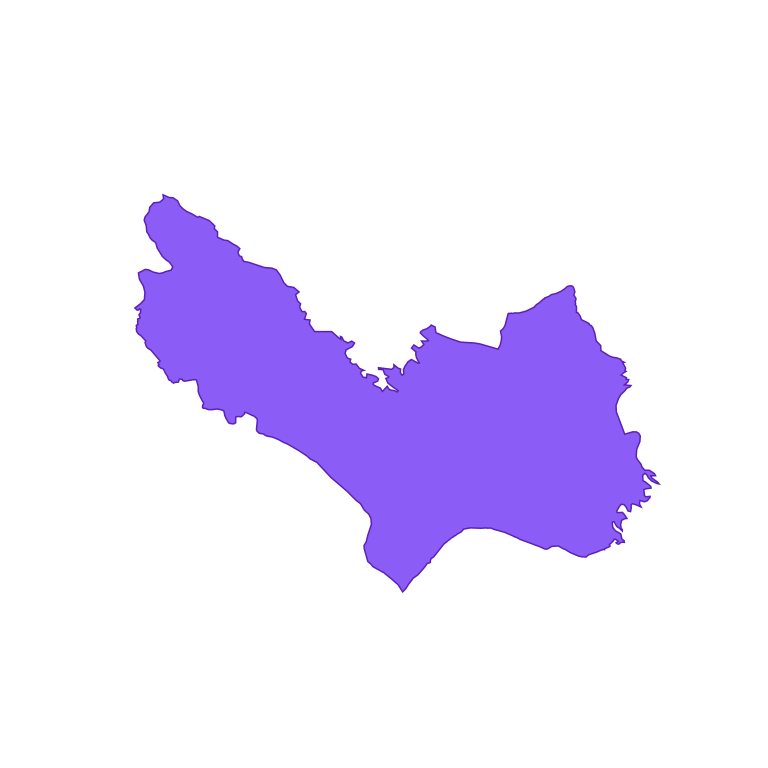 Kouroussa, Kouroussa, Guinea (Equal Earth projection), rotated 118°
{"feature_id": "49546643B25969650419510", "entity_name": "Kouroussa", "entity_type": "district", "adm_level": 2, "iso_a3": "GIN", "parent_name": "Guinea", "parent_adm1": "Kouroussa", "projection": "equal_earth", "projection_center": [-10.122, 10.487], "detail": "fine", "context": "isolated", "style": "filled", "palette": "violet", "viewbox_px": 768, "rotation_deg": 118, "n_neighbors": 0, "source": "geoboundaries", "source_scale": "gbopen_adm2", "svg_char_len": 6158}
<svg xmlns="http://www.w3.org/2000/svg" viewBox="0 0 768 768"><g transform="rotate(118 384 384)"><path d="M309.7,365.7L309.8,370.0L311.9,370.5L315.2,372.2L318.0,374.9L320.8,376.2L321.9,375.9L323.3,371.0L324.2,366.5L324.9,365.2L326.9,367.9L328.4,371.1L330.3,367.4L333.4,368.2L336.0,370.0L335.5,375.9L339.4,376.6L340.6,370.9L342.9,369.9L345.5,367.7L349.0,362.7L349.6,364.1L349.5,371.3L353.0,373.2L358.5,373.8L362.1,373.6L365.9,371.2L367.8,372.1L366.3,374.9L363.0,376.4L363.4,379.2L362.3,384.3L364.8,383.0L367.5,384.2L372.2,396.5L373.6,395.6L371.8,391.5L375.1,387.8L375.3,383.3L376.3,383.2L378.2,385.0L381.3,381.1L382.4,375.3L383.2,368.3L384.8,368.6L384.9,371.4L386.2,375.4L386.0,377.6L384.5,380.1L391.3,381.9L389.3,385.5L389.7,390.1L389.7,393.1L388.2,394.0L384.4,390.9L382.0,391.3L381.2,394.4L381.5,397.4L383.1,403.7L386.8,402.5L387.8,405.8L385.5,409.8L383.1,410.0L381.4,408.1L381.7,413.2L379.5,417.9L381.3,420.9L380.5,424.4L377.7,425.0L378.3,428.5L375.3,432.7L371.7,433.5L365.8,429.5L361.7,429.2L361.3,432.6L364.6,435.1L364.8,439.8L362.4,443.2L362.5,444.7L364.8,443.1L364.6,445.4L362.3,454.7L370.3,469.9L366.0,478.1L362.2,479.3L364.2,484.6L358.2,485.7L357.2,487.9L358.6,490.4L355.7,494.7L352.4,495.2L351.2,499.2L346.7,504.0L342.6,502.2L341.1,509.1L343.1,515.2L341.6,520.0L336.5,527.0L333.8,532.6L334.3,537.3L337.4,544.6L340.0,560.3L341.6,565.5L339.8,568.2L338.4,569.5L338.7,571.9L336.3,574.9L332.2,574.8L331.3,578.5L331.3,582.9L330.7,589.3L332.1,592.9L332.6,599.9L327.8,602.4L326.5,606.8L323.9,607.6L321.8,614.9L322.8,625.8L324.3,626.7L324.0,633.7L324.3,639.3L323.7,643.8L322.4,647.9L319.2,652.2L318.6,657.7L320.2,661.3L320.7,667.9L324.1,665.5L328.8,667.4L332.1,672.4L338.1,673.8L342.0,672.3L349.0,673.4L352.0,672.6L355.7,668.4L361.1,664.8L362.3,662.3L364.8,659.1L365.9,656.1L366.1,653.1L367.0,651.3L370.4,648.1L375.4,639.6L376.8,634.3L377.1,630.7L379.7,625.6L383.3,625.3L387.6,629.9L389.4,631.2L391.9,634.2L393.6,640.6L393.7,645.4L394.9,648.6L401.2,653.0L406.3,649.1L410.5,642.4L415.3,638.1L422.0,635.2L427.4,636.7L433.8,639.6L434.7,636.7L433.8,635.4L432.5,635.3L432.5,633.6L435.7,632.5L437.8,632.9L440.1,630.4L440.6,630.4L442.0,631.9L443.1,631.7L443.8,630.9L445.0,630.6L447.1,629.3L448.0,630.0L448.9,630.1L450.4,628.7L451.6,628.7L453.9,626.9L455.2,624.1L455.4,621.4L457.8,614.6L459.5,614.5L462.4,611.5L463.2,609.6L463.6,605.5L468.8,592.4L469.5,592.5L471.2,593.8L472.7,591.8L473.5,592.1L474.2,591.2L474.7,588.7L474.3,585.8L477.0,582.2L478.4,579.4L481.2,576.2L481.4,575.3L481.1,573.6L481.9,571.9L482.0,570.2L480.8,569.3L478.8,566.4L475.9,567.0L475.2,566.0L474.6,564.3L475.3,563.5L475.4,562.3L474.9,561.0L470.0,554.7L468.7,552.6L468.6,551.4L473.6,546.7L477.9,544.5L480.7,541.5L484.2,536.5L485.4,534.2L488.2,534.0L490.1,533.1L490.2,532.2L489.4,530.1L489.1,527.1L486.9,522.9L486.0,522.1L484.3,519.3L483.1,515.3L483.1,512.6L486.6,509.8L488.5,507.4L491.2,503.0L491.2,501.6L490.1,498.5L489.2,497.5L487.8,496.8L482.7,499.4L481.1,497.4L480.2,495.0L479.5,494.4L475.9,493.2L474.5,493.7L473.8,491.5L473.6,485.2L473.3,484.0L474.3,479.7L476.2,478.5L484.2,475.2L485.2,474.1L486.1,471.1L484.7,466.9L485.1,464.6L484.7,462.1L483.5,458.6L483.0,455.6L482.6,450.9L482.7,445.0L482.3,441.9L482.8,427.3L483.8,417.8L484.8,414.1L484.7,406.4L491.4,387.1L496.0,366.4L499.8,354.1L500.7,348.6L504.6,342.2L506.0,336.5L508.8,332.5L513.8,329.2L525.1,327.3L531.6,325.6L536.0,325.8L538.7,324.1L548.3,315.0L549.2,310.8L550.5,308.0L550.7,295.3L552.6,285.9L554.6,277.3L558.8,269.9L554.6,268.7L549.2,268.3L541.7,267.0L536.4,264.4L526.4,262.1L521.8,261.5L521.3,260.5L519.8,259.3L518.4,260.1L516.0,260.4L513.5,259.0L497.3,256.0L487.8,252.0L486.0,250.7L485.3,250.8L484.4,249.8L482.5,249.1L478.3,246.4L474.7,245.5L470.6,240.4L465.7,230.4L462.8,225.8L462.9,225.3L461.0,222.0L460.7,218.6L458.4,208.3L457.6,199.4L457.7,197.4L457.2,194.5L457.3,190.8L454.5,169.9L454.2,164.6L453.4,162.8L452.3,161.8L448.6,159.6L445.2,154.1L445.3,148.9L445.0,145.9L445.4,140.5L444.6,131.5L443.8,128.5L441.9,124.3L439.7,123.7L437.7,122.2L432.6,117.3L428.9,114.4L427.0,112.4L426.7,111.5L425.9,111.9L422.4,109.0L421.0,108.3L419.8,109.6L415.5,108.0L413.1,107.8L412.6,107.4L412.4,106.1L412.9,103.4L415.3,104.5L415.6,103.1L415.2,101.5L413.1,100.7L411.8,99.4L411.0,97.4L409.7,98.3L409.2,101.2L405.2,104.5L404.9,111.1L403.2,114.6L400.1,116.9L398.6,117.6L397.6,116.2L400.6,111.4L400.8,108.7L401.9,104.6L400.8,105.1L399.7,107.2L396.9,109.1L392.8,110.2L390.0,108.2L388.7,106.4L386.3,110.7L385.4,113.2L388.0,117.6L387.3,118.8L381.6,118.7L378.8,118.0L377.8,115.4L379.1,112.2L381.6,108.8L380.9,106.4L377.4,107.5L374.8,109.1L373.1,108.5L372.3,104.8L371.9,99.2L370.0,102.1L366.7,103.3L365.7,98.7L363.2,96.5L361.8,96.6L359.7,95.8L358.3,96.3L360.8,100.1L360.0,101.9L358.1,102.9L355.5,105.1L353.8,103.8L350.5,99.3L349.3,100.3L348.7,102.7L347.7,107.8L347.9,109.8L343.3,112.7L340.4,111.7L340.8,109.3L342.7,106.5L344.0,102.1L343.7,96.2L343.1,94.2L342.2,96.3L341.3,103.3L339.8,105.3L337.5,101.2L336.2,103.1L335.6,109.2L337.7,113.3L336.1,117.4L334.1,119.5L331.7,124.8L329.7,127.3L322.8,130.3L314.8,131.0L309.6,133.3L307.9,135.9L307.8,138.7L309.6,142.1L315.3,147.9L299.5,165.8L293.9,169.1L286.7,170.1L282.0,169.9L277.4,168.3L273.7,167.6L270.9,165.4L269.4,165.2L271.9,171.3L267.6,169.7L265.2,170.0L266.1,172.6L264.6,173.0L264.8,178.8L262.1,177.9L259.2,176.1L259.1,177.6L257.0,177.9L256.1,178.8L253.2,183.2L252.1,182.0L252.1,185.4L251.0,186.6L251.7,190.8L253.0,194.7L253.5,197.7L252.7,208.2L248.3,210.7L246.3,216.9L240.1,221.8L236.1,226.3L235.1,228.6L235.4,230.0L234.3,231.6L234.5,239.8L231.8,242.9L230.0,246.5L230.5,247.7L225.6,250.2L224.5,251.4L224.3,252.4L222.8,252.7L221.2,254.1L220.1,254.0L218.3,254.7L216.3,258.2L213.0,258.7L209.7,262.1L209.3,263.1L209.2,264.3L210.3,266.3L211.8,267.9L215.0,269.1L219.2,271.3L223.6,274.8L226.5,278.2L229.5,279.7L232.4,282.4L233.5,282.3L234.1,283.1L239.3,285.0L242.4,286.7L245.9,287.6L253.1,292.9L257.9,298.1L260.0,302.1L261.6,304.0L261.7,305.0L262.6,305.8L262.9,306.9L263.8,307.4L275.4,304.6L279.0,304.7L282.6,306.0L286.8,302.5L290.0,301.0L295.1,299.7L299.7,299.7L303.5,317.9L305.3,323.3L311.1,336.1L312.5,344.5L313.6,353.0L314.3,362.2L309.7,365.7Z" fill="#8b5cf6" stroke="#5b21b6" stroke-width="1.5"/></g></svg>